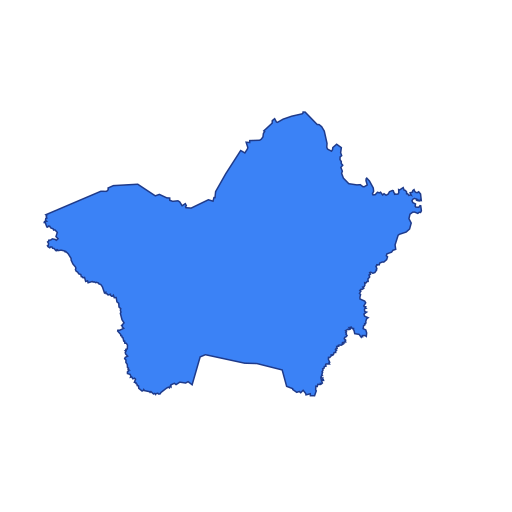 Chiang Yuen, Maha Sarakham, Thailand (orthographic projection), rotated 147°
{"feature_id": "78962969B29991085586419", "entity_name": "Chiang Yuen", "entity_type": "district", "adm_level": 2, "iso_a3": "THA", "parent_name": "Thailand", "parent_adm1": "Maha Sarakham", "projection": "orthographic", "projection_center": [103.106, 16.417], "detail": "fine", "context": "isolated", "style": "filled", "palette": "blue", "viewbox_px": 512, "rotation_deg": 147, "n_neighbors": 0, "source": "geoboundaries", "source_scale": "gbopen_adm2", "svg_char_len": 6129}
<svg xmlns="http://www.w3.org/2000/svg" viewBox="0 0 512 512"><g transform="rotate(147 256 256)"><path d="M411.5,192.6L410.1,193.3L403.1,193.9L400.9,193.7L400.4,192.5L398.7,193.6L398.5,192.7L397.5,194.3L393.8,193.7L393.1,191.7L388.6,191.7L384.2,187.8L381.4,187.6L379.7,182.8L357.8,201.8L352.2,200.8L323.9,172.3L313.8,165.3L296.1,146.2L301.3,130.0L297.5,124.8L297.9,124.0L296.1,119.5L293.5,118.8L293.0,117.0L289.6,117.7L289.2,113.6L289.7,112.3L285.5,110.9L286.5,109.2L283.0,106.9L278.9,110.1L278.9,111.2L276.7,114.2L275.7,113.2L274.0,114.7L272.2,113.3L271.5,113.1L271.3,114.0L270.2,113.2L269.5,113.3L268.9,116.1L267.1,114.9L266.9,115.6L267.5,115.9L266.9,116.7L268.2,116.3L268.2,117.9L267.8,118.6L267.1,118.4L267.3,119.2L266.6,119.7L265.3,119.8L265.5,120.6L263.5,122.2L263.7,122.9L261.9,123.8L261.5,125.1L260.0,124.9L258.9,126.1L257.3,125.5L256.7,127.1L256.0,127.3L253.2,125.4L253.1,126.6L252.1,126.7L251.6,129.9L250.4,131.5L249.5,130.7L246.9,131.4L246.8,132.1L245.8,131.7L245.8,131.1L244.8,131.1L243.1,132.5L241.7,131.7L241.0,132.9L239.8,133.1L240.2,134.4L239.1,134.8L238.3,134.3L237.6,136.2L235.8,135.3L235.6,136.2L234.7,136.0L232.9,134.7L230.5,134.7L231.4,135.5L230.6,136.3L227.6,135.1L227.6,136.3L226.6,136.6L227.1,138.5L226.0,139.4L224.1,139.2L222.9,139.8L223.2,141.3L222.5,141.7L222.4,143.0L221.4,143.1L221.6,144.6L218.8,144.5L218.3,143.7L217.1,143.4L217.0,144.9L216.3,144.0L215.9,144.9L214.8,144.5L214.9,143.1L213.7,142.1L214.5,141.4L214.3,140.3L215.5,137.1L212.2,134.1L212.0,130.5L211.1,130.9L210.6,130.3L210.0,131.3L207.8,129.8L207.3,128.5L205.1,131.2L204.2,134.2L205.7,136.7L203.7,139.0L202.3,138.9L201.7,140.1L201.0,139.6L200.2,140.1L199.5,141.5L197.2,143.2L195.6,143.2L197.7,146.4L197.1,148.5L193.8,148.7L195.1,150.2L194.1,152.2L193.0,152.7L192.2,152.3L192.4,153.3L191.7,153.7L192.8,154.5L192.8,155.4L189.5,157.0L189.4,159.0L192.2,163.3L191.3,164.9L189.3,166.7L189.6,168.3L187.2,169.4L187.7,170.5L186.0,170.9L185.2,170.2L183.3,170.2L183.4,171.8L182.1,171.4L180.6,172.2L179.4,174.4L178.7,173.5L176.9,174.1L175.8,173.6L174.6,175.8L172.1,176.5L171.6,178.5L170.0,178.3L169.7,180.2L168.6,179.9L167.4,177.9L165.3,177.4L162.4,178.6L162.4,179.3L161.5,179.6L161.0,182.1L159.8,182.2L159.4,182.9L157.5,181.5L156.1,182.7L153.4,182.2L152.1,181.3L148.4,181.8L146.1,183.7L146.6,185.2L145.1,186.5L140.2,185.4L138.1,186.2L135.2,185.5L133.3,189.6L125.5,196.0L123.9,196.1L117.0,194.3L112.5,195.0L107.9,199.1L107.4,204.0L104.1,207.2L100.7,207.4L99.0,206.4L97.1,203.6L95.2,203.8L94.3,202.9L92.7,203.8L90.5,208.4L91.0,208.9L93.0,208.2L95.3,209.9L95.4,211.0L93.9,212.8L95.4,215.4L95.1,217.4L93.5,218.2L91.8,218.0L90.3,216.2L91.0,215.4L90.5,214.6L89.6,214.9L89.5,213.6L88.5,212.9L87.6,213.7L87.1,212.7L84.2,218.4L84.6,221.3L86.3,221.3L87.3,222.2L87.7,223.7L87.3,225.6L88.8,225.5L89.9,224.4L92.4,225.1L92.7,222.4L93.2,223.2L94.8,223.5L94.9,225.5L95.8,226.2L94.8,227.7L95.0,229.6L95.9,230.6L95.3,233.2L99.7,233.2L100.2,234.0L101.8,231.3L103.3,230.6L106.1,232.2L105.6,232.8L105.9,234.1L105.3,235.9L105.8,236.6L109.0,237.2L111.5,235.9L113.8,236.1L114.7,238.5L116.5,238.2L116.8,241.7L118.2,241.8L119.4,243.3L122.7,242.5L124.6,243.5L124.4,244.8L122.1,246.2L120.6,249.2L120.0,257.1L120.7,261.0L121.5,260.8L122.7,259.3L124.0,255.0L127.4,255.1L128.6,255.9L129.7,259.0L132.7,260.7L138.8,266.1L140.3,273.7L139.2,278.7L137.4,280.1L136.6,284.1L133.8,284.9L134.1,287.2L133.0,288.8L133.1,291.1L131.5,293.3L129.5,293.5L128.8,296.5L125.4,300.4L127.5,305.8L132.5,305.1L133.9,303.5L135.6,302.8L137.8,306.7L137.4,308.7L135.1,311.8L130.7,323.6L130.5,328.7L131.5,331.8L133.1,333.0L136.4,349.9L138.1,351.1L138.9,350.2L139.9,350.1L149.9,353.8L158.7,356.0L165.3,356.4L165.9,357.2L165.6,361.0L168.6,360.7L170.1,358.6L181.3,356.7L181.0,355.6L183.0,354.8L185.3,352.1L187.9,351.1L189.9,351.1L198.4,356.2L199.5,354.6L202.3,356.8L203.8,351.4L204.8,350.5L209.2,348.5L211.4,352.8L236.5,341.5L254.8,332.0L258.6,327.3L259.4,327.9L262.2,325.4L265.3,329.1L284.3,331.5L288.5,334.7L288.3,335.6L287.0,336.2L286.8,338.4L290.6,338.4L290.5,342.8L291.4,344.8L296.1,347.2L298.0,349.7L296.8,351.6L299.2,353.4L303.5,360.3L307.7,361.3L316.1,380.6L337.3,392.7L343.0,393.6L343.8,392.1L346.1,391.6L350.9,394.8L409.9,405.1L409.6,403.7L410.4,403.3L410.8,401.7L411.8,402.0L413.1,400.6L412.7,399.2L414.7,400.0L415.4,399.4L414.6,398.7L415.6,394.3L415.0,393.7L413.7,394.1L412.8,393.3L412.9,391.5L411.3,389.1L411.6,388.0L410.4,387.4L409.8,384.0L413.2,381.2L412.6,378.3L414.9,377.9L415.4,379.3L417.5,381.3L419.5,381.2L421.2,382.1L421.8,381.4L423.1,381.3L423.1,379.6L424.6,377.9L425.3,378.1L425.4,377.2L424.5,375.2L423.4,375.5L422.2,374.6L422.4,373.3L421.2,372.2L421.0,369.8L420.1,369.9L420.1,368.9L419.1,369.3L418.8,368.2L416.3,367.1L413.9,364.6L413.8,363.4L413.1,363.5L412.3,360.2L412.4,354.7L413.3,353.2L413.9,349.0L413.4,345.1L413.7,343.9L414.8,343.0L415.1,341.3L414.3,339.5L414.4,337.6L413.0,335.9L413.8,333.8L413.0,333.2L412.9,331.9L411.5,331.4L412.7,327.4L410.8,326.9L411.4,325.0L407.2,323.8L406.8,322.8L405.9,322.6L404.9,320.9L404.2,320.9L402.9,319.3L403.0,318.3L401.7,316.6L401.6,313.9L403.2,307.5L401.7,307.4L402.3,306.2L401.4,305.2L401.3,303.9L399.0,303.2L399.4,302.6L399.0,300.9L398.2,300.4L397.0,300.8L397.6,298.2L395.9,297.3L397.6,293.3L396.9,291.1L398.7,287.8L398.1,285.5L399.3,284.4L399.8,282.5L401.0,281.8L403.1,275.5L403.1,271.8L406.5,270.9L406.1,270.2L406.8,269.5L406.3,267.4L410.8,268.0L412.3,269.0L412.9,268.4L412.2,263.8L412.8,262.9L412.1,262.0L412.6,260.5L412.1,259.8L413.3,256.7L412.5,256.2L413.5,254.3L412.3,253.4L412.3,251.3L414.5,248.2L416.0,248.6L416.3,247.6L417.2,247.8L416.9,247.0L418.2,246.3L418.7,244.9L418.2,241.9L420.9,242.2L422.1,241.4L421.7,239.6L423.1,237.6L423.0,235.2L424.5,232.5L424.0,231.4L425.0,230.7L424.6,229.6L425.2,229.9L425.7,228.9L427.0,228.8L427.8,227.4L426.0,225.2L426.5,223.3L427.3,222.7L426.1,222.3L426.2,220.1L424.4,219.7L424.1,218.3L426.8,216.3L425.7,215.2L426.1,214.5L425.6,213.1L426.2,212.0L425.3,211.1L426.4,208.9L425.1,204.8L424.0,204.6L422.9,205.2L422.8,203.8L419.1,200.1L419.1,199.3L418.0,199.5L417.1,196.1L415.8,195.9L415.6,194.7L415.2,195.1L413.1,194.4L412.8,193.2L411.5,192.6Z" fill="#3b82f6" stroke="#1e3a8a" stroke-width="1.5"/></g></svg>